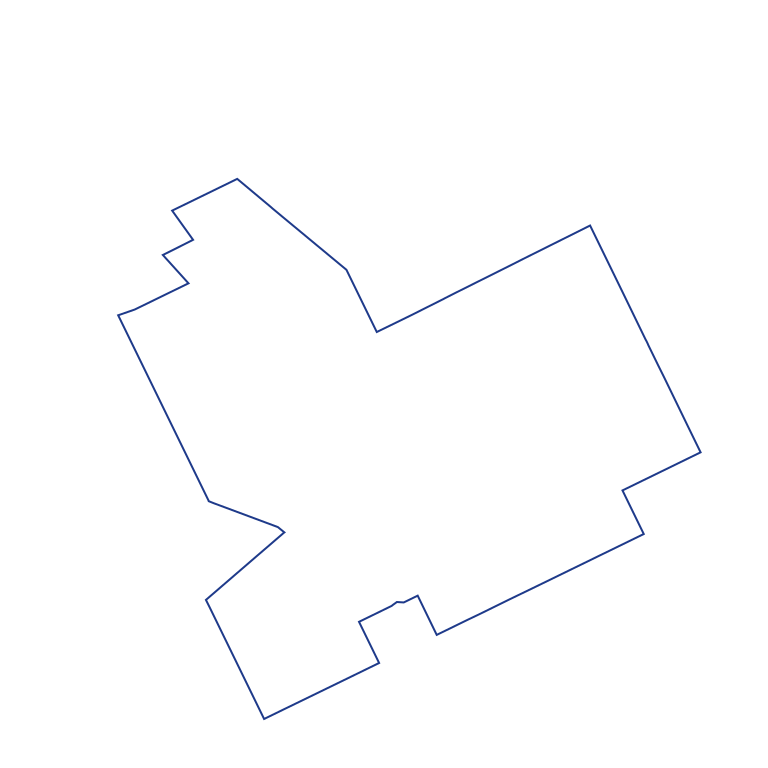 the district of Alice Springs, Northern Territory, Australia, rotated 64°
{"feature_id": "25037944B49978280072491", "entity_name": "Alice Springs", "entity_type": "district", "adm_level": 2, "iso_a3": "AUS", "parent_name": "Australia", "parent_adm1": "Northern Territory", "projection": "albers", "projection_center": [133.854, -23.731], "detail": "fine", "context": "isolated", "style": "outline", "palette": "blue", "viewbox_px": 768, "rotation_deg": 64, "n_neighbors": 0, "source": "geoboundaries", "source_scale": "gbopen_adm2", "svg_char_len": 1149}
<svg xmlns="http://www.w3.org/2000/svg" viewBox="0 0 768 768"><g transform="rotate(64 384 384)"><path d="M333.7,294.4L333.7,295.4L334.1,329.2L334.1,367.7L277.4,367.7L264.9,367.7L196.6,398.6L189.1,402.0L183.5,404.5L177.3,407.3L175.8,407.9L135.3,426.0L135.3,498.4L170.7,492.4L170.9,505.8L171.1,526.2L207.8,515.6L207.8,540.4L207.8,571.2L207.8,575.4L205.7,592.8L277.0,592.8L314.3,592.8L364.5,592.8L411.8,592.8L412.5,592.9L416.6,589.2L466.1,542.1L471.3,539.7L473.7,538.6L473.8,539.2L482.6,572.7L487.9,592.8L500.0,638.7L508.3,638.6L509.3,638.6L537.8,638.6L576.7,638.6L632.5,638.6L632.5,617.6L632.6,537.9L632.6,510.7L624.3,510.7L621.8,510.7L586.8,510.7L586.8,496.1L586.8,474.4L586.4,472.7L586.1,470.8L585.6,468.0L589.0,462.0L589.0,446.5L632.6,446.6L632.6,423.1L632.6,412.3L632.7,401.4L632.7,392.0L632.6,366.0L632.7,332.6L632.7,267.6L632.7,216.3L584.2,216.3L584.2,129.4L555.0,129.4L500.8,129.3L487.3,129.4L480.7,129.4L466.1,129.4L464.9,129.4L463.3,129.3L463.1,129.3L460.2,129.3L458.8,129.4L406.2,129.3L331.9,129.3L332.2,160.0L332.6,204.1L332.8,216.3L333.4,278.9L333.6,291.6L333.7,293.5L333.7,294.4Z" fill="none" stroke="#1e3a8a" stroke-width="2"/></g></svg>